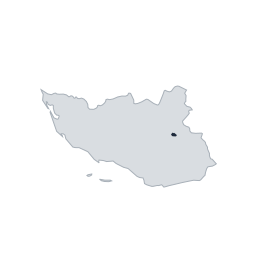 location of Cane, La Paz, Honduras, rotated 209°
{"feature_id": "27666195B14338204727731", "entity_name": "Cane", "entity_type": "district", "adm_level": 2, "iso_a3": "HND", "parent_name": "Honduras", "parent_adm1": "La Paz", "projection": "robinson", "projection_center": [-87.651, 14.283], "detail": "fine", "context": "in_parent", "style": "filled", "palette": "slate", "viewbox_px": 256, "rotation_deg": 209, "n_neighbors": 0, "source": "geoboundaries", "source_scale": "gbopen_adm2", "svg_char_len": 3078}
<svg xmlns="http://www.w3.org/2000/svg" viewBox="0 0 256 256"><g transform="rotate(209 128 128)"><path d="M222.6,119.4L214.8,118.9L211.1,120.0L209.5,122.4L208.1,123.5L206.9,123.2L204.5,124.2L201.0,126.3L197.8,127.1L195.0,126.6L194.1,127.2L193.9,127.9L193.5,128.5L192.4,128.9L191.1,128.7L189.7,128.0L188.9,128.3L188.8,129.7L188.1,130.1L186.6,129.4L185.0,129.9L183.1,131.6L180.6,131.9L177.3,131.0L174.7,129.2L172.9,126.5L170.7,125.8L166.9,127.8L165.3,130.1L165.0,131.6L165.4,132.8L164.7,133.7L162.9,134.1L161.6,135.7L160.6,138.5L160.5,140.6L161.0,142.1L160.1,143.2L157.8,143.9L155.1,146.2L152.0,150.2L148.8,153.0L145.7,154.6L144.2,156.4L144.3,158.4L144.1,159.0L143.5,159.2L142.5,159.5L136.5,155.2L134.8,152.3L133.3,152.7L131.4,154.2L128.7,157.5L125.9,162.1L124.5,162.6L117.4,161.9L113.6,162.3L112.8,162.9L112.5,164.5L112.7,166.8L113.7,174.7L114.3,178.0L113.8,179.0L111.8,179.1L109.4,179.6L108.0,181.1L107.7,182.6L107.5,184.8L106.8,187.0L105.2,188.6L103.7,189.2L95.2,189.6L95.3,185.9L92.9,184.5L91.5,181.4L90.3,179.3L90.7,178.1L90.5,176.6L87.1,175.5L83.8,176.3L82.0,175.8L80.6,175.0L83.0,173.2L83.1,172.1L82.4,171.3L81.6,170.7L81.8,168.7L82.3,166.2L83.6,160.6L83.1,159.6L81.0,157.9L78.2,157.7L75.2,158.2L73.8,157.4L72.5,155.4L70.3,154.5L66.5,156.0L62.5,158.4L61.2,159.2L60.2,159.1L59.8,157.4L59.5,155.3L59.3,154.8L57.1,154.0L54.6,153.5L53.3,152.9L52.1,151.5L49.1,149.7L48.4,148.3L44.4,145.2L43.6,143.7L42.7,142.6L40.8,141.1L39.2,141.5L34.1,139.7L33.4,139.5L34.1,138.0L35.7,135.6L39.2,132.9L39.5,130.7L38.6,126.5L37.7,123.8L38.2,122.6L39.3,117.8L40.1,116.6L45.2,114.2L45.7,113.8L49.7,110.4L54.1,106.6L58.7,102.4L63.9,97.7L66.7,94.9L68.0,93.7L71.0,94.7L73.3,92.5L74.7,91.8L77.8,89.1L78.8,88.5L84.1,87.4L86.6,87.4L88.8,90.1L90.6,91.6L93.9,90.3L96.7,90.1L108.3,92.6L112.8,91.5L121.2,91.2L125.0,91.9L130.4,88.3L133.8,87.6L137.8,85.9L137.3,84.2L136.3,83.5L142.4,84.2L151.6,87.8L161.3,87.1L164.8,85.2L167.1,84.6L177.1,88.4L179.7,91.2L181.8,91.5L183.4,90.8L183.8,90.2L181.9,89.6L181.0,88.7L188.8,90.5L203.7,103.9L204.0,105.0L197.7,101.0L194.3,101.3L193.5,102.0L193.7,104.2L194.0,105.2L195.4,105.3L196.5,104.7L199.1,105.4L200.8,106.9L202.9,109.1L204.2,111.5L205.6,111.5L206.9,110.1L209.4,109.9L211.0,111.5L212.2,111.4L210.6,108.9L206.7,106.4L207.6,106.3L216.1,110.8L218.5,116.4L220.5,117.7L222.6,119.4ZM123.1,71.1L118.2,73.8L116.7,73.8L118.9,71.7L122.5,69.9L125.6,69.0L128.1,69.4L123.1,71.1ZM139.8,68.2L137.4,70.2L137.0,69.3L138.1,67.4L139.5,66.4L140.9,66.5L140.6,67.3L139.8,68.2Z" fill="#d9dde1" stroke="#a8b0b8" stroke-width="1"/><path d="M85.6,144.9L85.8,144.9L85.9,144.7L86.0,144.7L85.9,144.4L86.0,144.3L86.2,144.2L86.3,144.2L86.3,143.9L86.4,143.7L86.2,143.6L86.1,143.4L85.6,143.3L85.5,143.2L85.4,143.3L85.2,143.3L84.9,143.3L84.7,143.3L84.4,143.8L83.6,144.0L83.4,144.1L83.2,144.0L82.6,144.5L82.6,144.9L83.3,145.0L83.6,145.1L83.7,144.9L83.8,144.8L83.8,144.7L84.0,144.7L84.3,144.7L84.8,144.8L84.8,145.0L84.7,145.0L84.8,145.1L84.9,144.9L85.0,144.9L85.0,145.0L85.2,144.9L85.3,144.8L85.4,144.7L85.5,144.7L85.6,144.8L85.6,144.9Z" fill="#64748b" stroke="#1e293b" stroke-width="1.5"/></g></svg>